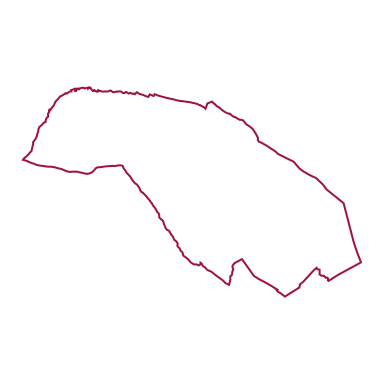 Negresti, Neamt, Romania
{"feature_id": "2599482B27531373518926", "entity_name": "Negresti", "entity_type": "district", "adm_level": 2, "iso_a3": "ROU", "parent_name": "Romania", "parent_adm1": "Neamt", "projection": "equal_earth", "projection_center": [26.323, 47.038], "detail": "fine", "context": "isolated", "style": "outline", "palette": "rose", "viewbox_px": 384, "rotation_deg": 0, "n_neighbors": 0, "source": "geoboundaries", "source_scale": "gbopen_adm2", "svg_char_len": 5682}
<svg xmlns="http://www.w3.org/2000/svg" viewBox="0 0 384 384"><path d="M357.2,252.6L353.8,242.5L343.6,203.2L326.4,189.3L322.9,184.5L316.0,178.0L311.2,175.8L308.5,174.4L303.4,171.4L299.6,168.6L293.6,161.7L277.9,153.9L275.7,151.6L266.0,145.3L260.8,142.4L259.2,141.9L257.8,140.2L258.1,138.1L255.2,132.7L252.4,128.6L251.6,128.1L249.9,126.6L246.0,124.1L245.6,123.5L245.1,122.6L244.6,122.2L244.3,121.7L243.2,120.4L241.0,119.7L240.0,119.9L236.8,118.2L235.4,117.2L235.2,117.1L234.7,117.1L233.8,116.8L233.1,116.4L231.3,115.0L230.7,114.5L230.6,114.3L229.8,113.6L229.0,113.8L227.0,113.1L223.9,111.4L223.2,110.9L222.6,110.3L221.3,109.4L220.3,108.6L219.9,108.2L219.3,107.5L218.2,107.0L216.2,105.7L215.7,104.9L214.5,103.9L213.5,103.2L212.0,101.6L207.4,103.5L205.5,108.7L204.7,107.8L201.2,105.8L200.6,105.3L199.0,105.0L197.2,103.9L188.9,102.0L187.4,101.9L182.7,101.2L179.7,100.9L178.9,100.7L176.3,100.2L173.3,99.3L166.6,97.9L159.6,96.0L157.3,95.3L154.6,94.2L153.6,96.0L149.8,94.4L148.3,96.9L146.2,96.3L143.0,94.9L139.8,94.1L136.9,92.3L136.5,92.7L135.2,93.6L134.8,94.3L134.4,94.2L134.1,94.0L133.7,93.5L133.3,93.5L132.5,93.8L131.8,93.7L131.2,93.3L130.4,93.0L129.9,92.9L128.6,93.6L126.2,92.0L125.4,92.2L124.4,93.1L123.9,93.2L123.3,93.0L122.6,92.9L121.6,91.8L121.0,91.5L120.3,91.4L119.2,91.4L118.7,91.5L118.3,91.4L117.7,91.4L116.8,91.7L114.4,92.0L113.7,92.3L113.4,92.3L112.1,91.6L111.6,91.3L111.0,90.7L110.5,90.5L109.8,90.7L108.7,91.2L108.0,91.4L107.3,91.5L105.7,91.5L104.9,91.4L103.0,91.6L102.5,91.6L101.9,91.5L100.5,91.0L99.2,90.9L98.9,90.7L98.5,90.1L98.3,90.0L98.1,90.1L97.9,90.5L98.0,91.0L98.0,91.5L97.4,91.7L96.6,91.7L95.9,91.2L95.1,90.9L94.6,90.2L94.3,90.0L93.6,91.0L93.3,91.1L93.0,91.1L92.8,90.5L92.7,90.4L92.0,90.1L91.9,89.9L91.4,89.3L91.2,88.9L90.9,88.5L90.4,88.2L90.0,88.1L90.4,87.9L90.5,87.8L90.4,87.6L89.8,87.5L89.1,87.6L88.7,87.4L88.0,88.5L87.9,88.2L87.6,88.2L87.0,87.8L86.4,87.9L84.9,88.5L84.4,88.4L84.2,88.2L83.8,87.9L83.1,87.7L82.5,87.8L81.1,88.0L80.4,88.2L79.4,88.6L79.3,88.9L79.3,89.2L79.0,89.3L78.7,89.3L78.5,89.2L78.3,88.8L78.0,88.5L77.4,88.6L76.8,89.1L76.5,90.4L76.2,90.9L75.4,91.2L75.1,91.1L75.0,90.8L75.5,89.9L75.8,88.7L75.1,88.6L74.6,88.8L74.4,89.2L74.2,89.3L73.7,89.3L71.2,90.1L71.4,90.9L71.4,91.4L70.3,91.4L69.1,91.9L68.1,92.6L67.2,93.4L66.6,93.3L66.0,93.6L65.3,93.8L65.3,93.5L61.9,95.7L60.5,96.2L58.7,98.1L57.6,99.5L56.1,100.9L55.5,101.7L55.2,102.2L53.6,105.8L52.0,107.5L51.4,108.5L50.8,109.3L50.4,109.8L50.3,109.6L49.7,109.4L49.3,109.8L48.9,110.5L49.2,112.1L48.8,112.8L48.1,113.4L48.0,113.8L48.0,114.3L48.1,115.4L48.2,116.2L48.2,116.6L47.9,117.0L46.7,117.6L46.1,119.4L45.6,120.6L45.5,121.3L45.6,121.9L45.1,122.0L44.6,122.5L43.5,122.9L41.8,125.0L39.2,127.1L39.1,127.9L38.7,128.6L38.4,129.4L38.2,131.2L38.2,131.9L37.6,133.0L37.2,134.0L37.2,134.9L36.7,136.5L35.6,138.8L34.4,140.4L33.0,142.4L33.2,144.1L32.6,146.0L32.2,148.0L31.4,151.3L30.0,152.4L28.5,154.3L26.5,156.3L24.9,157.6L23.9,158.5L23.0,159.8L24.0,160.0L25.5,160.6L27.0,160.9L27.5,161.1L28.2,161.8L28.6,162.0L29.7,162.2L31.6,163.1L33.3,163.5L33.6,163.6L34.8,164.0L35.5,164.5L35.9,164.6L37.5,165.1L39.9,165.6L42.4,165.8L46.1,166.5L49.0,166.7L50.5,166.7L51.1,166.7L55.3,167.4L57.9,168.2L61.0,168.9L67.4,171.5L70.1,171.9L72.9,171.7L76.9,171.7L82.5,172.9L83.9,173.3L86.8,173.8L87.7,173.8L89.0,173.6L91.4,172.6L92.3,172.0L93.3,171.1L95.1,169.2L95.4,168.6L95.7,168.3L96.8,167.7L97.6,167.4L101.5,167.0L105.7,166.4L112.3,165.9L113.3,165.8L114.1,166.1L115.0,166.1L118.0,165.4L119.0,165.4L121.2,165.4L121.8,165.5L122.6,165.9L122.9,166.3L123.2,167.3L123.8,168.6L125.5,170.7L126.8,173.0L128.2,174.4L129.0,175.2L129.2,175.6L130.3,176.6L132.3,180.0L132.9,180.9L133.7,181.9L134.8,183.0L136.3,184.1L137.4,185.0L138.2,186.3L138.9,187.1L139.5,188.3L140.6,191.0L140.9,191.5L141.3,191.9L141.8,192.2L142.7,192.5L143.6,193.6L144.7,194.6L146.5,196.6L148.3,198.8L149.8,200.5L150.8,202.1L151.3,202.8L151.9,203.2L152.2,203.8L152.6,205.0L153.3,205.9L155.1,208.1L155.3,208.5L157.0,211.4L157.3,212.1L158.4,213.1L159.0,214.2L159.3,215.7L159.2,217.2L159.7,217.8L161.2,219.5L162.4,220.1L162.8,220.6L163.3,221.8L163.7,222.4L163.7,223.3L164.1,224.5L164.5,225.2L165.1,226.5L165.3,227.5L167.1,230.0L167.9,230.2L168.9,230.7L169.5,231.3L169.7,231.7L169.7,232.5L171.2,234.3L171.5,235.1L172.3,235.8L173.0,236.7L173.7,238.6L174.2,239.8L175.5,240.7L175.9,241.2L176.7,241.8L177.7,243.6L177.5,244.4L177.4,245.8L177.6,246.5L179.3,247.9L179.9,249.0L180.7,250.9L181.4,251.5L182.2,252.0L182.6,252.8L182.9,253.6L182.8,254.4L183.0,254.7L183.1,255.2L183.3,255.6L185.2,257.0L185.7,257.4L186.1,257.6L186.7,258.2L187.9,259.1L189.4,260.8L189.9,261.3L190.0,261.7L191.0,262.5L192.1,263.3L194.1,264.5L195.8,264.3L197.4,264.7L197.6,265.0L198.8,265.4L199.3,265.1L200.0,264.7L200.4,263.9L200.5,262.7L201.3,263.2L201.7,263.7L202.1,264.4L202.7,265.9L203.8,266.7L205.2,267.5L206.3,268.9L207.0,269.6L208.4,270.5L209.6,270.9L211.6,271.9L216.7,276.0L221.1,279.1L222.8,280.3L223.6,281.1L225.4,283.1L229.1,284.8L230.4,279.5L230.2,277.9L230.4,276.2L231.7,275.2L232.1,274.0L232.2,272.2L232.7,270.8L232.7,270.4L233.2,269.5L233.1,268.9L232.7,268.0L232.5,266.5L232.5,265.8L233.2,264.8L233.5,264.4L234.0,264.0L234.1,263.8L234.1,263.5L234.3,263.2L236.6,262.1L237.0,261.8L242.0,259.1L253.8,275.8L254.5,276.3L256.5,277.5L258.2,278.7L260.7,280.0L267.3,283.6L271.5,286.0L274.6,288.0L275.5,288.5L276.7,289.2L277.4,289.7L276.6,290.2L277.6,291.4L280.8,293.4L283.3,295.3L284.9,296.6L289.0,294.0L299.4,287.5L299.4,286.9L300.0,285.2L299.9,284.5L303.2,281.8L314.0,270.0L316.6,267.8L317.1,269.1L319.6,269.7L319.6,274.4L321.4,275.7L324.1,275.9L325.8,277.8L327.1,277.6L328.1,278.4L327.8,280.2L328.5,280.9L331.3,279.2L338.2,274.8L361.0,262.4L357.2,252.6Z" fill="none" stroke="#9f1239" stroke-width="2"/></svg>